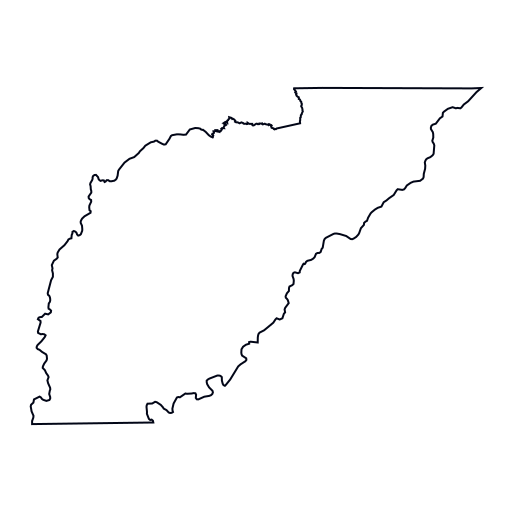 Carauari, Amazonas, Brazil
{"feature_id": "56859067B9018125425932", "entity_name": "Carauari", "entity_type": "district", "adm_level": 2, "iso_a3": "BRA", "parent_name": "Brazil", "parent_adm1": "Amazonas", "projection": "orthographic", "projection_center": [-67.33, -5.173], "detail": "fine", "context": "isolated", "style": "outline", "palette": "ink", "viewbox_px": 512, "rotation_deg": 0, "n_neighbors": 0, "source": "geoboundaries", "source_scale": "gbopen_adm2", "svg_char_len": 5980}
<svg xmlns="http://www.w3.org/2000/svg" viewBox="0 0 512 512"><path d="M288.7,303.1L287.8,300.1L287.0,298.9L285.8,297.7L285.6,296.3L286.9,293.3L288.9,291.0L289.0,288.0L289.5,286.5L292.2,285.2L293.5,284.0L293.8,280.8L293.6,279.0L292.5,275.9L292.7,274.2L293.5,272.8L294.9,272.3L298.0,273.2L299.7,272.4L299.8,270.9L303.1,264.3L303.7,263.7L304.4,264.1L305.1,263.8L306.1,261.8L307.4,260.8L311.1,259.9L313.1,258.7L314.6,257.2L316.0,253.8L317.4,253.0L319.4,252.9L320.7,251.9L321.6,249.0L322.7,247.7L323.9,240.6L324.7,238.9L325.9,237.8L333.5,233.9L334.9,233.5L336.5,233.5L339.9,234.1L346.2,236.0L350.6,239.0L352.2,239.2L353.6,238.6L356.2,236.9L358.4,234.5L359.2,233.0L360.9,228.2L363.9,224.9L364.1,222.9L365.5,221.6L367.0,220.8L368.1,217.7L370.6,213.4L371.6,212.3L375.0,209.5L377.8,207.8L381.4,206.6L383.7,202.2L386.4,200.5L389.1,198.2L393.7,195.0L396.6,190.3L397.7,189.2L402.3,189.9L404.0,189.4L405.2,188.1L406.8,185.5L410.7,182.8L413.5,181.6L420.1,180.8L423.0,178.6L423.6,177.1L423.8,173.8L425.1,168.8L425.3,165.6L424.8,162.4L425.4,160.7L426.1,159.4L427.5,158.3L430.2,157.2L431.4,156.3L432.7,155.2L433.6,153.8L434.3,145.4L433.7,143.5L432.8,142.3L432.3,140.8L433.3,137.5L433.2,133.9L432.8,132.1L430.9,129.0L430.9,127.4L431.5,125.7L432.9,124.6L435.8,123.7L439.9,118.3L442.5,116.5L442.9,112.8L443.9,111.7L447.9,108.8L452.6,107.2L455.9,108.3L457.3,107.9L460.4,108.3L461.5,107.4L463.8,104.5L468.1,101.3L476.5,92.1L481.3,88.0L471.7,88.4L322.1,87.9L294.1,88.3L294.0,89.1L295.9,91.5L295.2,92.3L295.6,92.9L296.5,93.4L296.1,94.6L296.5,95.0L296.5,95.6L297.6,96.7L298.8,97.3L298.8,99.0L299.5,99.2L300.1,99.9L300.5,101.2L301.2,101.7L301.4,103.1L301.8,103.6L301.8,105.0L301.4,105.4L301.2,106.3L302.1,107.8L302.5,109.5L302.4,110.2L302.8,111.3L301.7,113.7L301.7,114.4L300.9,115.1L300.7,117.4L300.2,117.8L300.2,120.3L299.9,121.0L300.1,123.3L276.6,128.5L276.0,129.1L275.2,129.0L274.6,129.4L273.9,129.1L273.6,128.4L271.6,127.8L271.1,126.4L271.7,125.6L271.3,125.1L270.6,125.2L270.1,125.0L269.7,124.4L268.8,125.0L268.5,124.3L267.8,124.7L265.6,124.2L264.8,123.7L262.7,124.4L262.2,124.1L262.0,123.4L261.4,123.6L259.3,123.5L259.1,124.1L257.8,124.2L257.3,123.8L256.3,123.7L253.7,125.4L252.8,125.4L252.2,124.8L252.2,123.9L249.2,123.9L247.6,122.8L247.6,123.5L247.3,124.0L246.7,124.1L246.1,123.7L244.1,123.8L243.5,123.6L243.2,123.1L241.4,122.4L239.6,123.3L237.6,122.3L236.1,122.3L235.5,122.0L235.0,121.7L235.4,120.9L234.2,119.5L232.8,118.7L232.2,119.0L231.5,117.9L229.2,117.2L229.4,118.6L228.3,119.5L228.1,120.3L227.3,120.6L226.9,121.3L227.2,122.8L225.4,121.9L223.8,123.0L225.0,123.3L224.3,123.9L226.1,124.9L225.5,125.4L224.5,125.5L223.6,127.4L224.0,128.2L222.0,128.1L221.4,128.7L222.0,129.0L221.7,129.7L220.7,131.1L219.9,131.1L219.6,131.9L218.1,131.1L217.6,130.1L215.8,130.1L216.6,131.3L215.3,131.0L213.5,131.3L214.0,132.4L213.9,133.0L213.4,133.5L212.4,133.7L212.1,134.4L213.2,135.5L212.7,136.3L213.0,136.9L212.7,137.4L210.8,136.6L208.8,135.2L205.7,131.9L203.0,129.8L202.4,129.9L200.9,129.4L200.3,128.7L198.4,128.2L195.2,128.0L189.8,129.5L186.0,134.6L183.4,134.8L180.2,134.4L177.0,134.3L172.1,135.2L170.9,136.0L169.4,138.9L165.7,144.3L164.0,144.6L162.3,143.9L158.2,141.7L157.0,140.7L155.3,140.7L154.0,141.6L150.8,142.3L145.3,145.7L143.5,148.0L139.9,151.3L138.8,153.0L134.2,157.1L129.5,158.8L124.5,162.6L119.0,169.6L118.2,171.0L117.6,175.7L116.6,178.6L115.7,179.7L114.3,180.7L111.2,181.3L109.6,181.2L108.3,180.2L106.7,180.2L105.5,181.6L104.6,182.0L103.8,180.4L102.3,180.3L100.6,180.9L99.4,180.1L98.5,178.9L98.1,177.2L96.0,174.9L94.5,175.0L93.2,175.9L92.6,177.2L92.6,178.8L92.1,180.2L90.4,183.1L90.1,184.5L90.6,186.1L90.8,189.3L91.3,191.0L91.3,192.6L88.6,196.5L88.7,198.0L89.6,199.2L91.1,200.0L91.2,201.7L89.4,205.5L89.2,207.2L89.5,210.2L90.7,211.2L90.5,212.8L84.5,216.3L82.1,218.6L81.3,220.0L80.7,221.4L80.7,222.9L82.0,225.7L82.3,229.2L82.2,230.8L80.8,234.3L79.6,235.2L78.2,235.6L77.1,234.5L76.4,232.6L75.3,231.6L73.8,231.0L72.5,231.8L72.4,233.4L71.7,235.0L71.4,238.3L69.8,238.7L68.4,239.5L67.6,241.1L64.5,245.1L59.5,249.5L57.7,252.5L57.3,254.1L57.7,257.5L56.6,258.8L53.9,260.7L51.8,265.1L52.5,268.4L52.1,270.2L52.9,273.4L52.9,276.8L51.1,280.2L47.7,293.2L48.0,294.8L49.2,295.7L49.9,297.3L50.2,299.0L50.2,300.6L49.8,302.0L48.8,303.4L48.4,307.2L48.6,308.7L50.1,309.6L51.1,310.7L50.8,312.4L48.2,314.4L45.1,313.7L41.8,317.0L40.1,317.1L38.6,317.7L37.9,319.2L40.5,321.0L40.6,322.6L37.9,331.4L38.1,332.9L40.9,334.3L42.4,334.0L44.3,334.3L45.6,335.3L44.8,337.0L41.4,341.3L37.6,345.0L36.8,346.4L36.6,347.8L37.7,349.1L39.5,349.8L42.0,351.9L46.0,354.3L46.7,355.6L47.0,358.8L46.5,360.5L44.2,363.6L42.9,366.4L42.7,367.9L44.9,370.2L46.2,373.1L48.0,375.6L48.6,377.1L47.4,380.4L48.1,383.2L50.1,387.7L50.3,389.3L49.8,390.7L49.2,394.0L50.2,397.1L50.2,398.6L49.4,400.0L46.4,400.9L43.2,399.8L41.9,398.9L41.0,397.5L39.6,396.6L34.0,399.4L33.4,402.6L31.1,404.7L30.7,406.4L31.6,411.4L33.5,415.8L33.3,417.7L32.1,421.0L32.1,424.1L153.3,422.5L152.9,420.7L151.6,419.6L150.2,420.0L148.9,418.9L146.9,413.8L147.0,412.0L146.5,406.9L146.7,405.3L147.5,403.7L152.2,403.5L155.1,401.8L156.7,402.2L160.8,404.9L163.0,407.4L163.7,408.6L166.5,410.1L168.7,412.5L170.1,413.0L171.7,412.8L173.0,412.0L172.5,410.4L172.4,408.6L173.6,403.5L176.9,397.5L178.3,397.0L179.9,397.3L185.4,393.5L186.9,393.8L191.8,393.5L193.5,393.1L195.4,393.3L196.1,394.7L195.8,397.9L196.8,399.3L198.3,399.4L204.3,396.7L209.2,395.9L211.0,395.2L212.3,394.0L212.9,392.4L212.5,390.8L209.1,387.4L207.2,384.2L206.7,382.2L206.7,380.6L208.0,379.4L209.4,378.6L217.4,375.5L218.9,375.5L220.5,375.9L221.8,377.1L221.9,380.6L222.7,383.7L223.5,385.1L224.9,385.8L226.0,384.7L230.2,379.5L238.2,366.4L240.6,364.3L245.4,361.2L246.4,359.9L246.2,358.3L242.1,355.6L241.5,354.1L241.3,352.7L241.5,349.3L243.1,346.7L246.0,344.7L249.2,343.7L249.1,342.1L250.6,341.7L257.7,342.5L257.8,337.4L258.1,335.3L258.6,333.8L259.6,332.6L264.1,330.3L273.3,322.7L275.4,319.5L276.6,318.3L279.7,319.5L282.4,318.3L283.9,313.7L285.1,312.4L284.6,309.4L285.2,307.8L288.7,303.1Z" fill="none" stroke="#020617" stroke-width="2"/></svg>